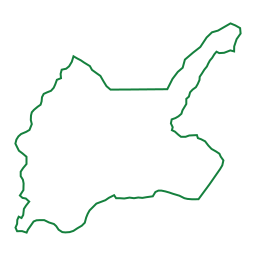 Caldazinha, Goiás, Brazil (Mercator projection)
{"feature_id": "56859067B2898488959664", "entity_name": "Caldazinha", "entity_type": "district", "adm_level": 2, "iso_a3": "BRA", "parent_name": "Brazil", "parent_adm1": "Goiás", "projection": "mercator", "projection_center": [-48.966, -16.729], "detail": "fine", "context": "isolated", "style": "outline", "palette": "green", "viewbox_px": 256, "rotation_deg": 0, "n_neighbors": 0, "source": "geoboundaries", "source_scale": "gbopen_adm2", "svg_char_len": 2117}
<svg xmlns="http://www.w3.org/2000/svg" viewBox="0 0 256 256"><path d="M222.3,165.3L223.4,160.4L220.7,156.6L219.4,153.7L215.9,151.4L211.5,148.9L208.3,145.5L205.1,141.3L201.0,139.2L197.9,138.1L196.9,135.1L192.8,135.3L189.2,135.5L185.6,136.8L181.0,136.8L178.3,134.7L174.9,131.6L171.9,130.2L172.7,127.2L170.9,123.4L171.7,119.4L175.4,118.1L178.5,116.3L181.4,113.8L182.5,110.3L186.3,104.0L186.3,98.9L188.9,96.6L190.1,92.3L192.6,89.6L195.9,87.2L197.7,84.1L199.5,80.0L199.7,76.8L201.8,73.7L204.3,69.7L206.9,66.5L208.2,63.6L209.9,60.5L212.2,57.8L214.3,54.3L216.5,51.7L219.2,53.1L224.1,52.8L227.0,51.7L230.3,50.4L234.1,51.4L234.2,46.4L236.6,39.2L240.6,33.5L240.1,28.1L235.3,25.4L230.5,23.4L218.0,30.6L212.0,32.3L206.6,37.5L200.3,47.0L193.1,52.6L184.9,59.6L182.7,67.7L177.8,71.9L172.5,78.9L167.3,89.2L130.8,89.5L127.5,89.5L114.5,89.6L110.5,89.6L106.5,86.2L103.6,81.5L100.4,75.9L97.4,73.8L92.0,69.9L89.9,66.1L84.0,62.5L80.8,60.3L77.5,58.6L73.5,56.3L71.8,61.8L69.1,66.3L66.2,68.7L61.7,69.7L60.6,73.9L61.0,78.2L56.9,79.8L55.2,84.5L53.7,87.8L51.0,90.8L47.2,92.3L43.7,93.9L42.0,97.2L41.6,101.4L40.6,104.7L37.6,106.8L34.0,109.8L31.8,112.3L31.0,115.5L30.8,120.0L31.8,124.1L29.5,129.9L26.3,131.8L21.1,134.0L18.4,136.4L16.4,139.6L15.4,143.6L17.3,147.5L18.9,150.7L22.5,153.4L26.5,156.8L26.5,164.0L23.1,168.1L20.7,171.7L20.7,176.2L22.9,179.7L23.6,183.4L23.4,190.1L19.9,195.5L22.5,197.9L25.8,198.5L29.2,201.6L26.1,205.5L23.9,208.9L23.2,215.0L21.5,218.0L18.7,216.7L17.3,219.9L17.1,223.9L15.5,227.6L17.1,231.2L22.0,231.1L26.6,232.6L27.9,229.7L30.7,225.7L33.6,221.5L36.5,220.3L40.1,220.1L44.2,220.1L49.1,222.5L53.9,224.0L56.2,226.1L58.6,229.7L62.3,232.1L65.4,232.4L69.6,232.1L73.4,230.9L77.5,228.2L81.8,225.7L84.8,222.7L86.2,217.5L87.7,213.8L89.6,210.4L92.9,207.1L96.4,203.6L105.4,200.2L108.9,197.8L114.1,195.2L116.1,198.2L119.8,198.2L124.3,198.5L129.5,197.6L134.0,198.2L138.3,197.5L142.4,197.9L146.4,197.2L152.8,196.3L155.4,192.0L158.4,190.6L161.4,190.6L165.3,191.4L169.2,192.5L173.0,193.8L179.4,195.7L184.4,198.2L187.4,198.9L192.3,199.3L198.5,199.2L209.5,184.3L220.2,168.9L222.3,165.3Z" fill="none" stroke="#15803d" stroke-width="2"/></svg>